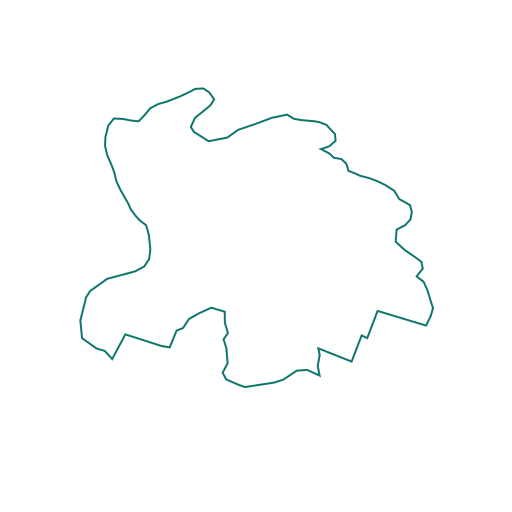 Arroio do Meio, Rio Grande do Sul, Brazil, rotated 201°
{"feature_id": "56859067B31467536479384", "entity_name": "Arroio do Meio", "entity_type": "district", "adm_level": 2, "iso_a3": "BRA", "parent_name": "Brazil", "parent_adm1": "Rio Grande do Sul", "projection": "mercator", "projection_center": [-51.959, -29.357], "detail": "fine", "context": "isolated", "style": "outline", "palette": "teal", "viewbox_px": 512, "rotation_deg": 201, "n_neighbors": 0, "source": "geoboundaries", "source_scale": "gbopen_adm2", "svg_char_len": 1657}
<svg xmlns="http://www.w3.org/2000/svg" viewBox="0 0 512 512"><g transform="rotate(201 256 256)"><path d="M389.0,117.0L377.7,114.0L371.6,112.5L363.3,113.2L353.3,108.3L349.9,136.0L312.0,138.1L303.8,139.8L303.4,157.9L298.3,162.6L296.0,173.2L289.1,181.6L279.2,191.7L265.2,192.8L261.2,182.6L254.6,174.0L256.4,166.6L250.5,159.1L244.1,145.8L245.3,135.1L239.6,130.1L225.9,129.5L219.3,129.7L193.4,144.5L186.1,150.5L176.9,163.5L167.4,168.0L153.7,167.1L158.9,175.3L161.1,186.5L164.7,192.1L128.9,191.7L128.9,219.7L122.7,219.2L122.8,248.3L72.3,252.0L71.4,262.5L72.0,270.7L76.0,275.6L83.7,285.5L90.3,292.0L98.7,294.5L95.8,304.1L99.6,309.9L108.7,312.4L119.4,314.9L130.7,319.4L134.2,331.0L127.7,338.4L124.9,345.5L126.2,352.7L130.5,358.7L137.1,359.7L142.7,360.5L150.2,366.4L160.7,368.6L169.5,369.3L178.1,369.3L187.5,368.2L193.4,368.6L200.1,368.6L204.7,374.5L211.1,377.1L218.5,375.6L224.3,378.0L233.7,379.1L226.9,384.7L223.0,392.0L225.9,398.1L237.2,403.6L244.7,403.7L250.2,402.6L262.4,399.1L269.8,397.7L277.7,399.1L290.7,390.7L303.8,379.1L312.2,372.1L317.8,367.5L325.2,356.3L341.3,346.2L358.4,349.6L363.1,353.1L362.4,363.2L352.6,380.1L351.2,387.2L358.4,392.1L365.2,393.5L372.5,390.3L379.3,382.7L384.2,377.7L389.9,372.4L394.9,367.9L401.8,362.8L407.7,356.0L410.4,347.8L413.8,339.7L421.1,337.7L429.6,336.2L438.0,333.4L440.6,324.7L439.2,313.1L436.4,304.7L431.2,297.0L423.6,289.3L418.3,283.3L413.2,275.9L405.8,268.7L399.6,263.7L394.3,259.4L389.9,254.9L383.2,250.6L377.4,247.6L369.7,245.4L363.7,237.4L356.9,224.1L354.7,214.8L356.6,206.2L363.3,198.4L386.7,181.4L393.3,171.4L398.2,164.1L399.8,156.8L396.9,132.9L389.0,117.0Z" fill="none" stroke="#0f766e" stroke-width="2"/></g></svg>